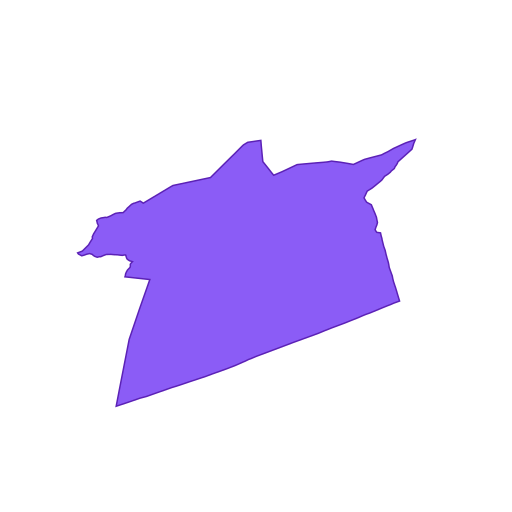 Bejucal de Ocampo, Chiapas, Mexico, rotated 240°
{"feature_id": "50627088B40771166134628", "entity_name": "Bejucal de Ocampo", "entity_type": "district", "adm_level": 2, "iso_a3": "MEX", "parent_name": "Mexico", "parent_adm1": "Chiapas", "projection": "equal_earth", "projection_center": [-92.152, 15.488], "detail": "fine", "context": "isolated", "style": "filled", "palette": "violet", "viewbox_px": 512, "rotation_deg": 240, "n_neighbors": 0, "source": "geoboundaries", "source_scale": "gbopen_adm2", "svg_char_len": 3285}
<svg xmlns="http://www.w3.org/2000/svg" viewBox="0 0 512 512"><g transform="rotate(240 256 256)"><path d="M277.1,452.2L277.2,451.5L278.7,444.4L279.1,442.2L279.5,438.5L280.1,432.0L280.4,428.9L280.4,424.6L280.4,422.4L280.7,418.4L280.8,415.3L281.9,411.3L284.0,403.7L285.4,398.4L285.7,396.0L286.3,389.1L286.6,386.1L290.5,381.5L294.1,377.1L294.8,376.3L298.4,371.5L300.4,368.9L301.2,366.5L301.9,364.6L303.5,361.1L306.4,355.0L309.2,349.0L311.9,343.2L314.6,337.3L315.1,331.2L315.6,325.1L316.0,320.5L317.1,311.7L320.1,311.2L326.5,310.3L332.4,309.4L334.3,309.1L340.1,311.7L344.9,313.9L349.3,315.9L349.9,316.2L353.7,318.0L355.5,313.5L356.8,310.2L357.4,308.7L358.6,305.7L358.5,300.8L358.2,299.4L356.0,291.2L355.2,288.3L354.3,284.7L352.6,278.2L351.8,275.1L346.7,255.8L358.6,219.3L358.6,215.8L358.1,184.8L359.6,184.1L360.9,183.4L361.5,183.1L362.2,179.1L362.4,177.7L362.8,176.5L363.0,174.1L362.4,171.4L362.3,171.1L361.8,168.5L361.4,167.6L360.9,166.4L360.4,164.1L360.3,163.9L360.0,162.6L361.4,160.0L361.7,159.5L361.8,159.1L362.6,157.2L363.2,155.5L363.3,154.0L363.4,152.3L363.4,150.9L363.4,150.5L363.8,147.3L364.0,146.0L364.5,145.3L364.9,144.8L365.5,143.1L366.4,140.8L366.5,140.2L366.8,137.9L366.5,135.8L364.7,135.3L363.5,134.9L362.3,134.9L360.8,134.6L357.3,128.2L356.4,126.5L354.4,123.7L353.3,123.4L353.1,123.3L352.9,123.1L350.8,119.1L349.3,116.5L347.1,108.1L347.3,106.8L347.9,103.1L346.5,103.2L343.3,105.2L342.7,107.5L342.2,110.3L341.3,113.1L339.3,115.0L337.8,115.4L336.3,116.2L334.3,117.9L333.7,120.0L333.0,121.2L332.7,124.2L332.2,127.1L330.0,131.1L328.0,133.9L326.4,136.5L325.1,138.2L323.4,140.5L322.6,142.8L322.0,143.6L320.6,143.3L318.9,142.9L317.6,142.9L316.3,143.5L315.1,144.1L312.9,146.2L312.4,144.6L311.7,143.0L310.0,142.1L309.1,141.2L308.1,137.7L307.0,135.8L305.7,134.1L304.2,132.9L303.5,132.1L288.7,152.3L268.6,128.9L247.2,104.5L209.9,72.0L195.8,59.8L193.3,71.9L190.9,84.4L189.1,91.0L187.6,99.2L184.3,116.7L184.3,116.9L183.2,121.5L182.2,126.2L180.5,134.8L177.5,149.3L177.1,151.0L175.7,159.3L173.0,174.1L171.5,183.8L170.5,193.1L170.4,193.3L170.1,197.9L169.6,200.6L169.6,200.8L169.0,205.8L168.8,207.0L162.6,244.5L157.8,271.9L156.9,278.9L156.8,279.3L156.0,284.8L156.0,285.0L155.0,290.9L154.0,296.8L153.4,300.5L152.8,304.9L151.5,313.7L151.0,318.4L150.5,322.0L149.7,326.2L148.0,339.2L147.2,345.0L146.7,348.0L146.3,351.7L145.2,357.8L153.7,359.8L154.8,360.1L156.6,360.5L159.6,361.2L160.3,361.3L165.1,362.3L167.9,363.1L169.9,363.8L170.8,364.1L173.2,364.5L174.3,364.7L178.7,365.5L179.6,365.7L182.5,366.8L184.3,367.4L186.8,368.0L188.6,368.4L190.7,369.0L192.7,369.5L192.9,369.6L196.4,370.7L200.4,371.4L207.3,373.4L208.2,373.8L211.0,374.5L213.8,375.4L216.1,372.4L217.1,372.3L219.2,372.3L220.5,373.7L221.1,374.4L222.4,376.1L224.2,377.9L226.9,378.8L229.4,379.7L230.9,379.9L232.6,380.2L235.0,380.5L236.9,380.7L238.6,381.0L238.8,381.0L240.5,381.2L242.7,381.5L243.9,380.8L245.8,379.6L247.3,378.7L249.8,378.6L251.8,378.6L252.3,378.6L253.1,379.7L254.4,381.7L254.6,381.9L256.0,383.9L256.6,384.8L256.8,390.6L257.7,396.3L257.8,396.8L258.5,401.1L258.9,403.0L259.9,405.3L260.7,407.2L260.9,411.2L261.4,414.2L262.0,415.7L262.3,417.6L262.6,419.5L263.8,421.1L264.6,423.0L265.5,424.6L266.6,426.0L270.5,444.4L272.0,446.1L274.8,449.1L275.9,450.6L277.1,452.2Z" fill="#8b5cf6" stroke="#5b21b6" stroke-width="1.5"/></g></svg>